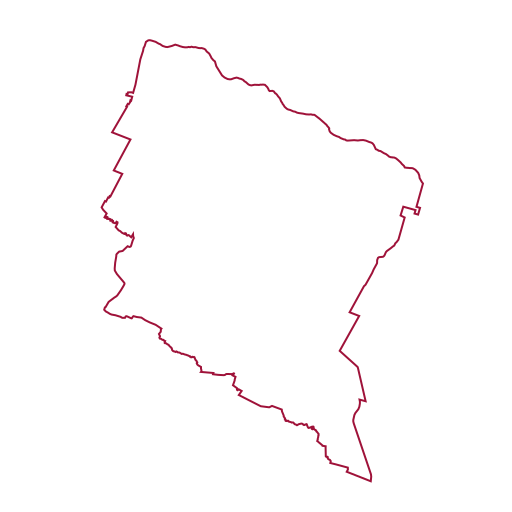 Chacabuco, San Luis, Argentina (Robinson projection), rotated 286°
{"feature_id": "61730980B56219468048048", "entity_name": "Chacabuco", "entity_type": "district", "adm_level": 2, "iso_a3": "ARG", "parent_name": "Argentina", "parent_adm1": "San Luis", "projection": "robinson", "projection_center": [-65.4, -32.74], "detail": "fine", "context": "isolated", "style": "outline", "palette": "rose", "viewbox_px": 512, "rotation_deg": 286, "n_neighbors": 0, "source": "geoboundaries", "source_scale": "gbopen_adm2", "svg_char_len": 6090}
<svg xmlns="http://www.w3.org/2000/svg" viewBox="0 0 512 512"><g transform="rotate(286 256 256)"><path d="M431.5,91.2L427.0,91.1L424.9,90.6L422.0,90.9L413.2,90.6L387.4,92.9L378.9,92.9L379.0,91.0L378.0,87.9L376.4,87.9L376.2,86.9L374.7,87.0L375.0,93.1L371.1,93.2L371.2,92.4L369.7,92.4L369.6,92.7L366.7,91.8L366.9,90.8L364.1,90.1L363.9,90.9L335.2,83.6L333.4,103.2L299.0,95.7L298.1,104.8L273.0,99.6L273.2,98.8L271.4,98.5L271.5,97.7L267.0,96.8L267.2,95.7L260.2,94.2L258.3,96.3L255.7,100.7L251.4,99.7L251.2,100.3L251.2,101.2L251.4,101.4L252.5,101.4L252.5,102.5L251.6,103.1L251.3,102.8L250.7,102.8L250.8,103.8L251.3,104.6L250.9,105.3L251.0,105.5L251.3,105.5L251.3,105.9L249.8,106.2L249.8,106.9L250.5,107.1L250.9,107.7L250.2,108.3L250.3,108.9L249.6,109.3L248.8,109.1L248.6,110.7L248.8,111.9L250.5,112.5L250.2,113.6L249.1,113.8L245.2,113.1L242.8,116.9L242.5,118.6L241.4,120.8L240.9,123.4L241.0,124.0L241.9,124.0L241.8,124.9L240.7,125.4L240.2,126.0L240.1,126.6L240.9,127.3L241.0,127.9L239.6,130.9L243.0,131.8L241.3,132.4L239.6,133.6L236.9,133.2L231.3,133.1L230.6,132.9L230.1,132.4L229.8,131.8L230.0,129.9L224.1,126.4L223.2,124.7L222.6,123.4L222.3,123.1L219.6,121.6L218.8,121.4L216.9,121.8L210.7,122.5L205.1,123.6L203.1,124.3L200.3,127.3L193.9,136.8L193.0,137.3L191.2,137.0L185.9,135.6L179.8,133.5L178.3,132.5L177.0,131.3L171.3,127.0L165.4,125.5L164.9,124.9L162.5,124.9L161.3,126.9L160.8,129.2L160.1,131.5L159.9,133.3L160.3,137.2L160.2,142.7L159.8,143.8L159.8,144.9L160.5,147.1L162.0,147.4L162.4,148.0L162.4,148.9L161.7,153.4L161.9,153.8L163.9,154.4L164.4,154.8L164.5,158.3L165.2,162.8L163.8,167.1L162.9,172.0L162.2,178.5L160.1,185.1L159.4,184.8L156.9,185.3L154.3,184.2L153.8,184.6L152.7,185.7L152.2,185.9L151.1,185.6L150.8,185.7L150.3,186.2L150.1,186.4L150.2,187.7L149.6,189.1L149.9,190.2L149.2,191.1L149.2,192.1L147.9,192.0L147.2,192.2L147.1,192.5L147.3,193.7L146.6,195.4L146.6,196.3L145.3,198.1L144.8,199.4L144.2,200.0L144.1,200.5L142.6,201.2L141.8,202.4L141.8,203.4L141.6,203.7L141.8,204.6L141.6,205.2L142.3,206.0L142.1,206.3L142.1,206.8L141.8,207.3L142.1,209.1L141.4,211.6L141.9,212.6L141.7,214.5L141.8,216.7L141.6,217.3L141.7,218.1L141.5,218.6L141.4,220.3L141.0,220.4L141.0,221.0L140.7,221.6L141.6,222.7L141.4,223.4L141.9,224.2L141.7,224.8L139.5,226.4L138.9,227.6L138.2,228.1L137.6,228.9L137.1,228.9L136.9,228.6L136.5,228.6L135.5,229.5L135.0,230.5L134.2,233.7L132.5,234.2L131.2,235.0L129.9,235.3L129.4,235.1L131.8,247.3L130.5,247.3L131.3,252.3L132.6,258.0L133.1,258.9L134.1,259.7L134.5,260.3L135.9,265.6L137.6,267.6L134.8,266.4L134.2,269.6L131.3,269.6L130.4,269.8L125.4,269.5L123.7,274.2L122.4,274.5L122.2,275.0L121.9,275.1L121.9,275.4L123.1,276.1L122.3,279.4L117.6,277.8L112.9,302.0L114.2,310.4L116.3,312.7L115.5,323.1L113.8,323.8L110.3,326.6L109.3,326.9L108.6,327.9L108.0,328.3L107.9,328.7L107.3,328.9L107.0,329.3L106.6,329.1L106.3,330.0L105.7,330.1L105.7,330.6L106.5,332.2L106.4,332.5L106.0,332.7L105.9,333.0L105.9,335.7L105.7,336.2L106.1,337.1L106.2,337.6L106.0,338.1L105.0,339.5L105.0,340.8L104.6,341.9L104.8,342.3L106.0,343.3L107.4,345.7L107.5,346.7L107.2,347.6L106.8,348.1L106.7,348.7L107.0,349.4L107.7,349.8L107.9,350.5L108.3,351.0L108.1,351.3L107.5,351.6L105.8,353.0L105.2,353.8L105.6,354.7L107.3,356.8L107.8,357.9L107.8,358.2L107.4,358.6L107.0,358.7L106.7,358.4L106.3,357.7L106.2,357.0L105.6,357.0L105.2,357.3L105.0,358.0L105.5,358.6L105.7,359.6L105.2,360.2L105.2,361.2L104.8,361.5L104.7,362.0L104.0,362.4L103.7,363.2L102.1,365.3L101.4,365.3L100.8,365.6L100.1,365.4L99.4,365.7L97.5,365.7L96.5,366.0L95.9,365.8L95.3,366.0L95.0,365.9L92.2,372.2L91.9,372.3L92.3,375.4L90.7,375.8L82.7,378.3L82.3,379.0L82.7,379.7L82.6,380.3L82.0,380.6L81.3,380.7L80.9,381.1L80.5,382.2L80.4,383.2L79.4,384.4L77.5,384.5L77.7,390.2L77.9,402.6L76.1,403.2L73.6,402.7L71.1,428.4L75.6,427.6L77.8,426.7L121.9,396.2L123.6,395.2L125.2,394.7L130.3,394.4L132.5,394.8L136.9,396.6L139.6,396.9L143.0,396.5L144.7,396.0L146.5,395.1L146.6,401.4L176.4,384.9L177.3,384.3L178.3,382.3L187.9,362.6L226.8,371.7L227.7,361.5L256.7,368.1L258.5,369.2L271.6,372.3L275.5,372.8L282.1,374.3L282.7,374.3L285.5,373.6L287.9,373.8L288.8,374.6L290.2,378.2L290.6,378.6L291.6,379.2L292.4,379.4L295.5,379.8L296.8,380.4L300.5,383.3L303.1,385.1L304.1,386.0L306.6,386.4L308.1,387.3L310.9,388.4L334.0,388.3L334.8,383.8L344.0,384.0L344.1,396.7L340.5,396.7L340.5,400.4L347.5,400.4L347.5,396.7L371.7,396.5L373.1,394.7L376.0,391.8L378.5,390.7L380.6,389.0L382.8,385.5L383.5,382.9L383.5,381.8L382.9,379.5L382.6,377.6L382.4,377.0L382.1,374.6L383.4,373.4L384.7,370.8L385.8,369.3L387.3,366.3L388.4,363.8L388.7,362.2L388.7,361.4L388.4,360.4L388.4,359.4L388.1,358.7L388.2,356.6L388.9,355.2L389.8,352.9L390.1,350.6L391.2,346.8L391.0,344.7L391.5,343.7L391.7,341.7L395.3,338.6L396.5,336.8L396.8,335.2L396.8,333.4L397.2,329.9L397.0,327.1L396.1,324.4L395.1,322.1L394.4,318.4L392.2,312.3L392.0,310.9L392.5,309.6L392.3,308.2L392.7,304.7L393.3,303.1L393.4,300.5L393.9,297.2L395.1,293.9L396.1,292.5L398.1,291.2L398.9,291.2L399.6,290.3L400.7,288.5L401.4,287.8L405.4,279.4L407.8,273.3L407.3,271.2L407.3,269.8L406.7,268.2L406.0,265.1L405.8,261.9L405.2,257.8L405.1,255.9L405.5,253.8L405.3,252.0L405.8,248.6L405.7,246.6L406.0,245.1L407.3,242.4L408.7,240.9L409.6,239.6L410.5,238.9L411.5,237.6L414.1,235.5L415.5,233.3L416.9,231.6L417.6,230.3L417.7,229.6L419.1,227.8L419.3,226.3L418.3,223.6L418.9,222.6L420.1,221.7L421.4,220.3L423.0,217.4L422.7,215.4L422.2,214.2L421.9,212.9L421.3,211.9L420.2,207.4L418.7,204.5L418.6,202.9L418.8,201.5L420.4,198.2L420.8,196.6L421.5,195.6L421.8,194.7L422.1,192.9L422.0,191.1L422.2,189.6L422.1,188.1L420.8,185.8L419.1,183.5L418.6,182.2L418.3,179.9L418.9,176.6L420.2,173.6L427.4,165.6L431.7,162.9L432.5,161.0L434.1,158.6L435.5,157.4L437.7,155.2L439.0,152.2L440.5,150.4L440.9,148.8L440.9,146.4L440.4,145.1L440.1,143.4L440.1,140.3L439.4,138.1L439.4,136.3L438.5,135.0L438.4,133.6L437.7,132.5L437.0,130.1L436.7,128.0L436.7,124.8L436.9,123.3L436.9,120.1L434.7,117.2L433.0,114.3L432.4,113.2L432.1,111.5L432.2,108.3L433.2,105.4L433.3,103.9L434.2,100.5L434.3,96.4L434.2,94.5L433.6,93.0L431.5,91.2Z" fill="none" stroke="#9f1239" stroke-width="2"/></g></svg>